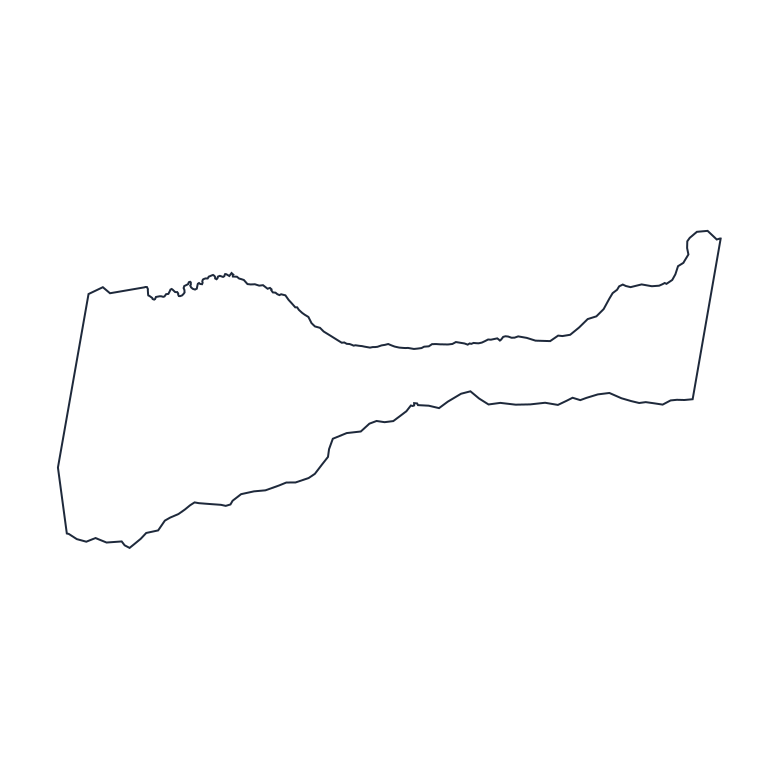 Amador, California, United States of America, rotated 10°
{"feature_id": "52423323B77111199665921", "entity_name": "Amador", "entity_type": "district", "adm_level": 2, "iso_a3": "USA", "parent_name": "United States of America", "parent_adm1": "California", "projection": "equal_earth", "projection_center": [-120.611, 38.464], "detail": "fine", "context": "isolated", "style": "outline", "palette": "slate", "viewbox_px": 768, "rotation_deg": 10, "n_neighbors": 0, "source": "geoboundaries", "source_scale": "gbopen_adm2", "svg_char_len": 3687}
<svg xmlns="http://www.w3.org/2000/svg" viewBox="0 0 768 768"><g transform="rotate(10 384 384)"><path d="M690.3,182.3L689.8,182.3L686.6,183.9L676.1,177.0L665.7,179.8L659.7,187.0L657.9,190.8L658.9,197.5L661.3,203.6L658.7,210.2L657.8,212.7L653.1,216.9L651.9,225.4L649.8,231.5L644.8,236.3L642.9,235.8L641.0,237.3L637.9,239.4L630.8,241.2L620.4,241.2L610.0,245.8L605.2,245.5L601.9,244.6L598.6,247.0L597.2,250.7L593.4,254.8L591.1,260.8L587.3,272.1L581.4,280.5L573.3,284.7L566.3,294.5L558.8,303.2L551.4,305.8L547.1,306.1L540.2,312.9L525.7,315.0L516.6,313.8L507.9,313.8L504.5,315.7L501.5,316.3L498.0,315.7L495.3,315.9L493.2,316.9L491.6,320.0L490.6,321.1L489.0,320.1L487.6,319.4L485.1,320.4L481.6,321.8L478.8,322.1L475.9,324.3L473.2,326.2L470.1,327.5L467.7,327.8L465.1,328.0L463.0,329.3L461.3,329.2L459.6,330.7L456.2,330.1L447.5,330.2L444.4,332.7L440.0,334.0L436.0,334.6L432.2,335.2L428.5,335.6L424.4,336.4L421.6,339.1L417.0,340.3L414.7,342.1L410.9,343.3L407.4,344.3L404.5,344.3L401.4,344.3L398.7,344.9L396.0,345.2L392.6,345.5L388.0,345.3L384.8,344.7L381.2,343.9L378.1,345.3L374.9,346.4L371.1,348.5L368.7,349.2L366.5,349.6L363.9,350.6L360.6,350.6L358.4,350.6L355.8,350.5L352.9,350.7L349.2,350.8L347.4,351.5L345.4,351.0L343.2,350.6L340.3,350.9L337.7,350.0L335.2,350.7L330.2,348.7L322.8,345.7L315.5,342.8L311.2,339.8L306.0,339.3L302.1,336.7L297.9,331.1L293.8,329.5L290.9,328.1L287.2,325.7L285.2,323.6L283.3,323.9L279.3,320.7L275.4,317.7L271.5,313.8L267.1,313.5L265.6,314.6L263.4,314.1L261.3,312.9L258.6,313.1L256.6,311.1L256.8,310.3L255.0,309.2L252.8,310.4L247.7,307.7L244.0,308.8L239.5,308.2L235.5,309.1L232.2,309.3L227.9,305.9L225.2,305.5L223.0,305.3L220.5,303.9L216.5,304.4L216.0,302.5L216.3,302.3L214.6,301.2L212.9,304.5L209.7,303.3L208.5,303.3L208.1,304.6L208.0,305.6L206.9,306.5L203.6,306.0L201.9,307.0L201.6,308.9L200.9,309.9L199.4,309.4L199.2,308.1L198.1,306.9L196.7,306.3L195.3,307.1L194.1,307.9L192.8,308.7L192.0,310.7L190.0,311.0L188.6,311.7L187.5,312.6L187.2,314.4L187.8,315.8L187.5,317.3L185.6,317.4L184.3,316.7L183.3,317.6L183.2,318.4L183.1,321.2L183.1,322.6L181.5,323.8L179.2,323.5L177.3,322.4L176.1,320.7L176.5,319.7L176.1,317.5L175.3,317.0L174.1,317.7L173.7,319.7L171.7,321.2L170.3,322.2L170.0,324.3L171.1,326.0L171.7,328.5L171.0,330.0L169.8,331.8L167.9,332.9L166.7,333.0L165.8,331.8L165.6,330.6L164.4,329.4L163.5,329.6L162.3,329.7L159.6,327.9L158.4,327.3L157.3,328.1L157.0,329.5L156.0,332.7L153.8,333.4L152.6,335.9L151.4,336.5L149.5,336.3L148.0,336.5L146.1,337.2L144.3,337.9L143.8,340.1L143.0,340.8L141.4,340.5L140.8,339.5L137.9,338.1L136.5,337.7L136.0,336.3L135.8,335.4L135.2,333.0L135.0,331.5L133.7,329.7L132.1,329.9L131.3,330.4L98.4,342.2L90.3,337.5L77.4,346.7L77.4,522.9L97.6,586.3L99.6,586.4L108.4,590.1L118.2,591.0L126.6,585.8L138.3,588.3L153.0,584.6L156.6,587.9L161.9,589.6L166.0,584.9L171.3,578.7L175.7,572.0L187.0,567.4L191.9,556.6L196.6,552.7L204.1,547.8L209.7,542.2L214.1,537.1L218.0,533.5L222.4,533.5L232.8,532.5L244.4,531.3L249.3,531.5L253.7,529.3L255.2,525.2L262.4,517.3L274.6,512.3L285.7,509.3L298.2,502.2L304.9,498.0L314.0,496.3L326.1,489.7L331.5,484.5L336.8,474.3L341.5,465.5L341.2,457.7L343.1,446.8L355.8,438.8L369.4,434.8L376.5,425.6L383.1,421.7L391.2,421.5L399.6,418.9L410.8,406.9L414.2,400.5L416.0,400.7L417.4,399.9L417.0,397.6L420.0,397.4L421.1,398.9L431.8,397.6L442.4,398.2L449.9,390.3L461.6,380.2L470.4,376.2L480.2,381.8L490.5,386.0L501.8,382.4L517.2,381.5L531.5,378.7L545.9,374.5L558.9,374.4L566.9,368.7L572.1,364.8L580.1,365.8L585.8,362.5L596.4,357.1L607.5,353.7L620.3,356.8L630.4,357.9L638.6,358.4L644.9,356.4L653.6,356.1L662.0,355.9L669.1,350.4L675.2,348.7L682.6,347.6L690.6,345.4L690.3,182.3Z" fill="none" stroke="#1e293b" stroke-width="2"/></g></svg>